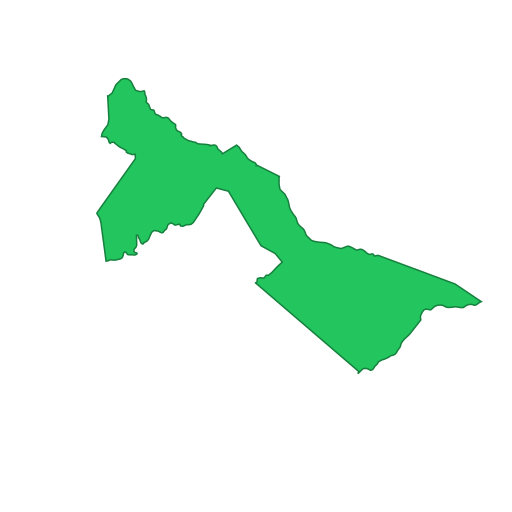 Bois Joli, Dennery, Saint Lucia, rotated 214°
{"feature_id": "8701671B16318499791123", "entity_name": "Bois Joli", "entity_type": "district", "adm_level": 2, "iso_a3": "LCA", "parent_name": "Saint Lucia", "parent_adm1": "Dennery", "projection": "natural_earth1", "projection_center": [-60.911, 13.922], "detail": "fine", "context": "isolated", "style": "filled", "palette": "green", "viewbox_px": 512, "rotation_deg": 214, "n_neighbors": 0, "source": "geoboundaries", "source_scale": "gbopen_adm2", "svg_char_len": 6068}
<svg xmlns="http://www.w3.org/2000/svg" viewBox="0 0 512 512"><g transform="rotate(214 256 256)"><path d="M467.9,319.7L466.4,310.7L468.1,305.5L468.3,305.5L454.6,287.4L452.3,282.2L452.3,280.4L452.5,275.5L452.1,271.5L450.9,268.6L447.1,270.8L444.8,270.6L442.9,269.5L441.0,267.9L439.7,267.9L439.5,269.5L437.0,271.0L436.4,270.6L430.3,270.1L426.3,270.6L422.3,270.8L421.7,269.7L420.2,269.5L415.0,271.0L413.1,272.8L410.4,269.2L410.5,265.9L411.9,208.4L411.9,202.5L411.0,201.9L410.1,201.5L408.1,200.7L407.0,200.1L405.7,199.2L402.8,196.5L400.3,193.6L396.5,189.4L392.4,184.7L389.6,181.7L388.1,179.9L383.7,175.0L377.5,167.9L376.9,168.6L376.4,168.8L376.1,169.0L375.8,169.5L375.4,170.2L375.3,170.6L374.7,171.3L373.9,171.9L373.4,172.0L372.8,172.3L372.1,172.8L371.5,173.2L369.9,174.3L368.4,176.1L367.1,177.3L366.8,177.7L366.5,178.4L366.1,179.3L366.0,180.1L366.4,182.2L366.9,183.4L367.4,184.2L367.5,184.7L367.4,185.0L366.9,186.1L366.6,186.3L366.2,186.4L364.5,185.8L363.4,185.5L363.1,185.5L362.6,185.7L361.3,186.4L360.4,187.0L359.1,187.9L358.6,188.1L357.1,189.0L356.7,189.4L356.4,189.8L356.0,190.7L355.9,191.5L356.2,191.8L356.5,191.8L358.0,191.3L358.8,191.3L359.6,191.5L360.3,192.2L360.8,193.6L360.5,195.3L360.5,196.7L361.0,198.4L366.7,206.3L366.6,206.5L366.3,206.8L365.7,207.1L365.2,207.0L364.9,206.8L364.5,206.5L364.1,205.9L363.8,205.6L361.5,204.6L361.1,204.3L360.6,203.8L359.0,202.8L358.3,202.5L357.2,202.4L356.8,202.5L356.6,202.6L356.3,202.9L356.2,203.4L356.4,204.1L356.4,204.4L355.7,205.4L354.7,207.5L354.5,209.2L354.5,210.5L355.0,212.6L355.7,217.0L355.6,217.5L355.5,218.3L355.1,219.3L354.6,220.1L354.2,220.5L353.8,220.6L352.7,221.0L351.8,221.7L351.2,221.8L350.6,221.9L349.3,222.1L348.6,222.2L347.9,222.3L347.0,222.6L346.5,223.1L346.2,223.7L346.1,224.2L346.1,225.3L346.2,225.7L346.2,226.0L345.5,227.6L345.4,228.0L345.6,229.6L346.0,230.6L346.4,232.3L346.4,232.9L346.4,233.4L345.4,234.9L345.2,235.4L345.2,235.7L343.7,236.3L340.4,236.3L337.1,239.7L335.3,238.7L333.1,239.9L331.1,243.1L328.9,244.6L327.5,246.1L326.7,248.7L326.7,259.4L327.5,268.4L328.4,269.4L326.9,290.2L315.1,294.3L282.6,279.0L257.6,267.3L241.4,268.8L230.8,265.6L231.1,264.5L231.6,262.5L232.4,259.0L233.7,251.0L234.9,247.0L236.8,245.8L237.0,242.4L237.6,241.8L240.1,240.5L242.2,238.2L241.6,236.6L240.7,235.3L240.8,233.8L241.3,233.6L241.2,233.5L241.2,233.4L106.1,217.7L105.8,215.4L105.4,216.8L104.5,221.4L103.9,222.8L101.8,224.4L99.5,225.1L97.3,225.2L96.2,226.3L95.7,227.5L95.7,229.6L95.8,231.1L95.2,233.4L95.1,235.2L95.3,236.3L94.9,237.6L94.1,239.0L93.3,240.6L92.2,241.7L91.4,243.0L90.2,244.9L89.1,247.0L88.5,248.8L87.6,249.6L86.5,251.0L85.7,252.7L85.5,254.4L85.7,256.2L85.7,258.7L85.6,260.9L86.0,262.6L86.7,264.5L86.8,266.5L86.7,268.6L86.2,271.4L85.5,274.2L85.1,276.1L84.8,278.3L83.6,295.2L85.0,296.6L85.9,298.1L86.4,299.2L86.7,302.3L86.7,304.9L86.0,306.4L84.1,307.8L82.0,308.4L81.0,309.2L80.5,310.8L79.8,313.9L77.9,316.8L75.3,318.7L73.6,319.5L69.8,320.0L68.1,320.7L65.6,322.5L63.9,323.9L62.4,325.4L57.3,327.8L55.4,329.1L54.8,330.2L54.1,332.4L52.5,334.7L50.8,336.1L49.7,336.6L48.0,337.1L47.1,337.5L46.1,338.7L45.4,340.6L44.8,342.2L44.3,343.2L43.7,344.1L75.4,344.1L155.2,324.8L157.6,322.4L157.8,322.2L158.0,322.3L159.7,323.0L160.1,323.0L160.3,323.0L160.7,322.8L161.3,322.3L162.7,320.8L163.3,320.6L163.9,320.5L165.1,320.4L165.6,320.4L167.7,320.7L168.7,320.8L169.0,320.8L170.6,320.8L171.6,320.7L172.7,320.3L173.5,319.8L174.1,319.2L174.6,318.4L175.4,317.5L175.7,317.3L176.7,317.1L177.9,316.9L180.6,316.7L183.1,316.3L184.5,316.0L185.3,315.5L186.0,314.8L186.4,314.3L187.7,312.4L188.9,310.6L189.7,309.8L190.5,309.4L194.0,308.0L195.0,307.7L196.1,307.4L196.6,307.3L199.4,307.3L201.4,307.0L203.6,306.5L205.2,306.1L206.2,305.7L207.1,305.2L208.9,304.2L211.1,302.9L212.1,302.4L214.3,301.4L215.8,300.8L217.5,300.2L218.3,300.1L218.9,300.1L219.3,300.0L219.8,300.0L221.5,300.5L224.9,301.0L225.6,301.2L226.4,301.6L229.4,303.7L230.5,304.3L231.6,304.8L235.4,305.3L236.4,305.4L238.1,305.8L238.8,306.1L239.8,306.5L240.1,306.8L240.4,306.9L241.9,308.1L243.4,309.4L244.3,310.0L245.9,310.7L247.9,311.3L249.5,311.9L252.7,313.3L253.9,314.0L256.0,315.6L257.1,316.8L259.6,319.2L260.7,320.1L261.5,320.7L262.9,321.3L265.7,322.9L266.9,323.4L267.6,323.6L268.0,323.6L270.1,324.0L271.3,324.2L272.8,324.5L273.4,324.7L274.1,325.3L274.6,325.9L276.0,327.3L277.2,328.7L277.9,329.6L278.7,331.0L280.3,333.2L281.0,334.6L281.1,335.0L305.9,331.8L306.3,331.1L306.7,331.8L308.3,332.7L309.6,332.7L311.0,332.3L314.5,332.0L318.2,332.3L319.1,333.0L321.7,334.1L325.9,334.7L327.8,335.3L330.5,336.7L334.1,337.1L341.0,321.9L341.6,322.4L342.6,322.8L344.7,323.1L346.8,323.3L347.9,323.7L349.4,324.7L350.4,325.1L351.4,325.1L352.5,324.8L353.4,324.2L355.8,321.7L356.2,322.1L356.4,322.2L357.1,321.8L359.8,320.6L364.6,317.8L366.1,317.0L366.9,316.7L367.7,316.4L368.0,316.4L369.6,316.4L370.0,316.4L370.4,316.2L371.9,315.4L373.8,314.9L376.1,314.0L376.5,313.9L377.3,313.8L380.6,313.5L381.8,313.5L383.0,313.9L384.6,313.9L385.4,314.2L385.7,314.5L385.6,315.0L385.7,315.4L386.1,315.7L387.2,316.2L388.4,316.3L391.1,315.8L391.5,315.8L391.9,315.9L393.7,316.9L394.4,317.4L394.7,317.7L395.3,318.9L395.8,319.6L396.2,319.9L396.5,320.0L397.4,320.0L399.0,320.0L402.0,320.2L402.8,320.4L404.0,320.8L404.8,321.0L405.5,321.3L405.9,321.3L406.7,321.2L407.1,321.1L407.9,320.8L408.8,320.0L410.0,318.8L410.7,318.4L411.1,318.2L411.5,318.1L412.3,318.1L413.5,318.3L414.0,318.2L415.1,318.0L415.9,318.1L416.3,318.0L417.8,317.5L418.6,317.4L419.0,317.5L419.3,317.7L421.8,319.5L422.1,319.7L422.5,319.7L423.7,319.2L424.4,318.8L424.8,318.7L425.2,318.6L425.6,318.7L425.9,318.9L429.0,321.1L429.8,321.6L430.5,321.8L431.3,321.9L432.5,321.9L432.9,322.0L433.2,322.3L433.4,322.7L433.4,323.1L434.6,324.9L435.2,325.6L435.8,326.2L438.6,328.1L438.9,328.4L439.7,329.5L440.0,329.8L440.7,330.2L440.9,330.4L441.1,330.4L443.5,327.8L444.6,327.3L445.8,326.9L446.9,326.4L448.1,326.1L448.7,326.2L449.4,326.4L450.4,327.1L452.3,328.0L455.5,329.9L457.4,330.8L458.2,331.0L458.6,331.0L460.6,331.0L461.3,331.0L462.4,330.6L464.2,329.5L464.9,328.9L466.0,327.6L466.4,327.1L467.9,319.7Z" fill="#22c55e" stroke="#15803d" stroke-width="1.5"/></g></svg>